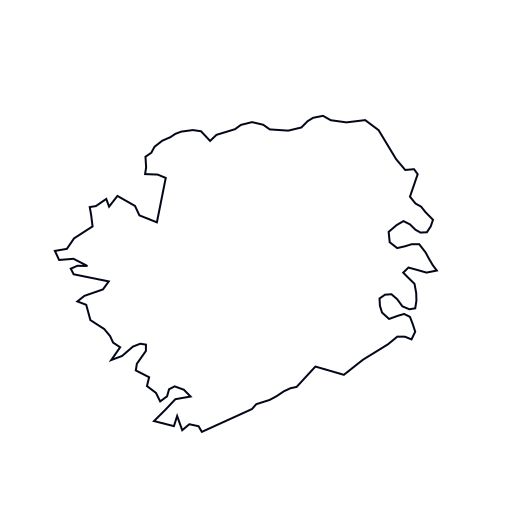 outline of Charrua, Rio Grande do Sul, Brazil, rotated 155°
{"feature_id": "56859067B76917344128556", "entity_name": "Charrua", "entity_type": "district", "adm_level": 2, "iso_a3": "BRA", "parent_name": "Brazil", "parent_adm1": "Rio Grande do Sul", "projection": "albers", "projection_center": [-52.001, -27.948], "detail": "fine", "context": "isolated", "style": "outline", "palette": "ink", "viewbox_px": 512, "rotation_deg": 155, "n_neighbors": 0, "source": "geoboundaries", "source_scale": "gbopen_adm2", "svg_char_len": 1926}
<svg xmlns="http://www.w3.org/2000/svg" viewBox="0 0 512 512"><g transform="rotate(155 256 256)"><path d="M379.4,119.5L324.3,119.0L318.4,121.6L304.6,119.8L297.0,120.2L287.8,121.6L280.7,121.6L274.5,120.2L248.9,130.7L226.6,111.2L202.9,116.8L173.7,120.2L162.0,123.2L155.1,119.9L150.3,114.7L143.7,120.1L142.7,128.3L142.2,135.8L146.3,140.9L153.0,141.9L162.0,142.7L165.7,151.5L164.7,158.6L162.0,165.3L155.4,166.4L149.4,164.1L146.3,157.2L144.6,148.5L139.5,142.9L133.8,141.3L129.5,147.7L126.5,154.6L124.1,163.8L127.4,172.5L129.6,178.7L122.7,181.1L115.4,174.9L108.5,168.9L98.3,166.4L99.7,173.2L100.4,180.5L100.8,187.6L103.1,197.7L110.0,200.9L116.7,201.8L124.7,203.5L129.0,212.0L125.6,221.8L115.4,224.6L107.6,225.3L103.1,219.6L100.4,212.4L97.0,207.7L91.1,205.3L85.1,209.0L80.3,214.0L83.9,224.2L85.5,230.9L89.3,236.2L91.4,244.7L74.9,261.8L76.1,267.9L84.4,270.9L88.1,284.6L91.7,318.2L99.6,333.0L117.6,338.9L130.9,347.5L136.0,354.7L145.8,357.1L152.2,356.4L160.6,353.3L173.8,356.0L190.0,364.9L194.0,371.9L203.0,379.0L214.3,381.2L221.4,379.8L240.6,382.5L249.0,379.7L253.1,392.3L260.0,396.8L271.1,400.3L277.4,400.8L283.2,399.9L292.2,400.1L301.8,397.9L307.3,393.8L314.2,392.7L318.1,382.8L321.9,377.1L310.8,371.4L304.8,364.9L331.6,328.4L344.5,342.1L344.5,352.5L356.2,369.0L368.3,362.8L367.6,371.0L380.0,368.9L386.0,370.6L388.1,362.8L391.6,351.9L413.4,348.9L424.4,342.4L436.1,345.6L436.1,335.6L422.6,330.6L413.0,318.2L422.0,322.6L429.2,322.8L429.0,316.5L400.2,295.2L408.8,290.4L428.4,292.4L437.1,290.3L430.5,283.5L433.2,267.9L424.4,253.9L422.1,245.1L422.1,237.9L417.7,230.7L431.1,222.9L419.7,222.0L405.8,225.9L398.0,225.4L393.2,222.2L395.9,216.5L409.5,208.7L413.3,203.1L404.1,191.3L409.8,184.2L404.5,174.2L404.3,164.7L395.9,166.4L391.1,172.0L384.8,172.2L377.9,165.3L374.7,156.3L389.6,160.3L402.2,155.3L418.2,149.5L402.3,136.5L395.1,144.3L396.5,129.3L387.5,131.7L380.0,126.0L379.4,119.5Z" fill="none" stroke="#020617" stroke-width="2"/></g></svg>